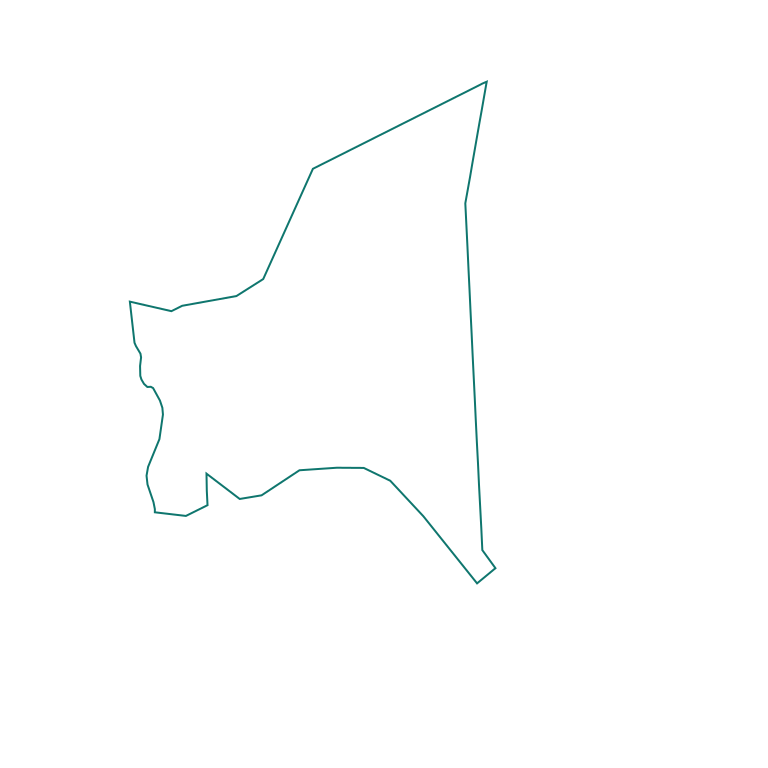 the Region of Nugaal, rotated 144°
{"feature_id": "SOM-2413", "entity_name": "Nugaal", "entity_type": "Region", "adm_level": 1, "iso_a3": "SOM", "parent_name": "Somalia", "parent_adm1": "", "projection": "orthographic", "projection_center": [49.001, 8.49], "detail": "fine", "context": "isolated", "style": "outline", "palette": "teal", "viewbox_px": 768, "rotation_deg": 144, "n_neighbors": 0, "source": "natural_earth", "source_scale": "10m", "svg_char_len": 1006}
<svg xmlns="http://www.w3.org/2000/svg" viewBox="0 0 768 768"><g transform="rotate(144 384 384)"><path d="M123.2,568.2L125.1,566.4L134.7,557.1L144.4,547.7L154.1,538.4L163.7,529.1L173.4,519.7L183.0,510.4L192.6,501.0L202.3,491.7L212.0,482.4L223.9,464.2L235.8,446.0L247.7,427.9L259.6,409.7L271.5,391.6L283.4,373.4L295.3,355.3L307.2,337.1L319.1,318.9L331.0,300.8L342.9,282.6L354.7,264.4L366.6,246.3L378.4,228.1L390.2,209.9L402.1,191.8L402.1,169.5L425.9,168.0L429.9,254.0L435.8,302.0L449.7,328.0L471.4,344.0L503.1,363.9L548.5,365.9L568.3,375.8L580.3,415.8L590.1,401.8L598.0,389.7L621.8,393.7L644.8,414.9L642.9,417.5L639.9,424.0L634.4,441.7L630.0,449.4L623.6,455.6L598.1,471.4L580.8,489.2L577.3,495.0L575.0,502.3L573.2,516.4L574.3,518.8L577.2,520.7L578.1,525.2L577.6,530.2L576.4,533.8L570.8,541.9L564.9,548.3L563.2,551.7L562.4,560.4L561.6,564.0L541.2,600.0L513.2,567.9L501.3,565.9L451.7,541.9L420.0,539.9L315.0,599.9L129.8,569.5L128.2,569.3L123.2,568.2Z" fill="none" stroke="#0f766e" stroke-width="2"/></g></svg>